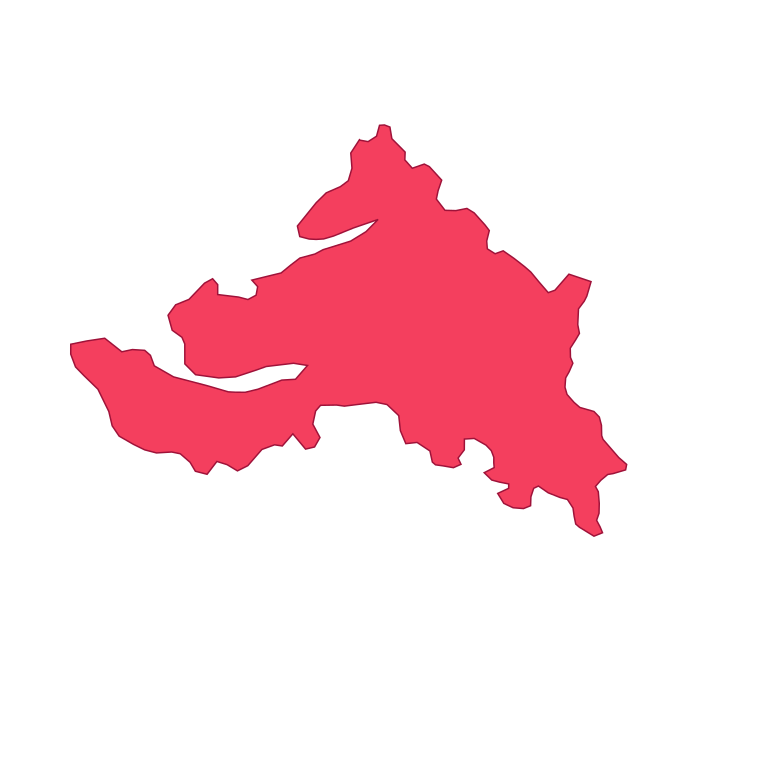 outline of Haenam-gun, South Jeolla, South Korea, rotated 311°
{"feature_id": "91817680B93885607227135", "entity_name": "Haenam-gun", "entity_type": "district", "adm_level": 2, "iso_a3": "KOR", "parent_name": "South Korea", "parent_adm1": "South Jeolla", "projection": "natural_earth1", "projection_center": [126.514, 34.528], "detail": "fine", "context": "isolated", "style": "filled", "palette": "rose", "viewbox_px": 768, "rotation_deg": 311, "n_neighbors": 0, "source": "geoboundaries", "source_scale": "gbopen_adm2", "svg_char_len": 2643}
<svg xmlns="http://www.w3.org/2000/svg" viewBox="0 0 768 768"><g transform="rotate(311 384 384)"><path d="M552.3,205.2L536.5,207.4L525.8,218.3L514.0,223.7L504.3,221.6L490.4,215.0L476.4,213.9L446.4,215.0L440.0,223.7L444.3,232.4L448.6,237.9L453.9,243.3L462.5,248.8L481.8,258.6L504.3,271.6L487.2,270.5L470.0,265.1L445.4,249.9L436.8,246.6L423.9,237.9L413.2,235.7L400.3,233.5L389.6,225.9L375.7,216.1L374.6,224.8L367.1,229.2L358.5,225.9L354.2,217.2L342.4,199.8L349.9,193.3L351.0,185.6L342.4,182.4L319.9,181.3L307.1,174.8L294.2,175.9L285.6,188.9L286.7,200.9L283.5,207.4L268.5,220.5L267.4,235.7L280.2,255.3L292.0,267.3L310.3,278.2L319.9,283.6L340.3,302.1L347.8,314.1L329.5,314.1L319.9,304.3L297.4,292.3L286.7,284.7L280.2,277.1L275.9,271.6L267.4,253.1L251.3,220.5L247.0,198.7L252.4,188.9L252.4,181.3L244.9,171.5L236.3,165.0L235.3,143.2L221.3,131.3L208.5,121.5L201.0,128.0L194.5,140.0L193.5,151.9L192.4,171.5L182.7,194.4L174.1,206.3L170.9,218.3L174.1,234.6L177.3,246.6L182.7,257.5L193.4,268.4L197.7,276.0L197.7,289.0L194.4,298.9L199.8,309.7L215.9,308.7L220.2,318.5L222.3,330.4L233.0,334.8L245.9,334.8L254.5,334.8L266.3,341.3L270.5,347.9L286.6,347.9L283.4,367.5L290.9,372.9L301.6,370.8L307.0,356.6L318.8,350.1L326.3,350.1L337.0,362.0L341.3,368.6L351.0,377.3L365.0,390.0L370.5,399.8L369.8,415.9L359.5,427.0L353.3,439.6L361.6,447.3L363.6,462.6L356.8,471.7L356.8,475.9L360.9,482.2L366.4,491.3L373.9,494.8L376.7,488.5L387.0,487.8L395.2,480.8L402.1,487.8L404.8,501.1L404.1,508.7L400.7,515.0L396.6,518.5L393.2,522.0L382.8,517.8L382.2,528.3L385.6,535.3L390.4,543.7L387.0,546.5L376.0,541.6L372.5,552.8L375.3,562.6L381.5,571.0L388.3,574.5L395.2,568.9L403.5,565.4L408.3,567.5L409.6,579.3L413.8,591.2L417.2,598.2L414.4,608.0L408.9,614.3L404.1,620.6L404.1,625.5L406.9,642.3L415.1,646.5L417.9,640.9L420.6,633.9L427.5,631.1L435.1,624.8L443.3,616.4L445.4,610.8L453.6,610.8L462.5,612.2L466.7,615.7L477.7,622.7L482.5,619.9L482.5,609.4L483.8,600.3L485.9,585.6L487.9,582.1L495.5,575.2L500.3,568.2L501.0,560.5L494.8,547.2L494.8,539.5L496.2,529.0L500.3,522.7L507.8,517.1L514.7,515.7L523.6,512.9L526.4,507.3L533.2,501.1L542.9,499.7L550.4,498.3L555.9,491.3L568.3,481.5L577.9,480.8L583.4,479.4L589.5,476.6L597.1,473.1L588.2,451.5L566.9,451.5L560.7,448.0L562.7,434.0L564.8,421.4L564.8,413.1L564.1,399.8L562.7,386.6L555.2,382.4L553.8,373.3L559.3,367.7L568.9,362.8L570.3,355.9L572.3,339.8L570.9,331.4L562.0,324.5L555.1,316.1L557.9,302.2L565.4,298.0L575.7,293.8L577.8,275.7L576.4,270.1L565.4,263.8L566.8,252.7L572.9,247.8L574.3,229.0L581.8,219.9L579.8,214.4L576.3,210.9L566.1,215.8L556.5,213.0L552.3,206.0L552.3,205.2Z" fill="#f43f5e" stroke="#9f1239" stroke-width="1.5"/></g></svg>